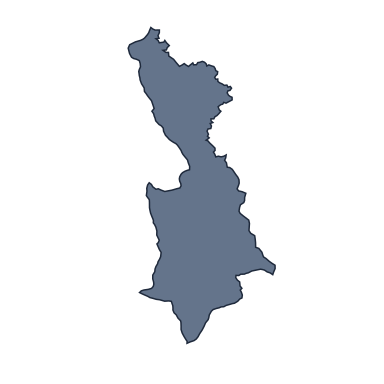 Maracaí, São Paulo, Brazil, rotated 106°
{"feature_id": "56859067B30371822496269", "entity_name": "Maracaí", "entity_type": "district", "adm_level": 2, "iso_a3": "BRA", "parent_name": "Brazil", "parent_adm1": "São Paulo", "projection": "mercator", "projection_center": [-50.769, -22.657], "detail": "fine", "context": "isolated", "style": "filled", "palette": "slate", "viewbox_px": 384, "rotation_deg": 106, "n_neighbors": 0, "source": "geoboundaries", "source_scale": "gbopen_adm2", "svg_char_len": 4117}
<svg xmlns="http://www.w3.org/2000/svg" viewBox="0 0 384 384"><g transform="rotate(106 192 192)"><path d="M338.8,155.1L336.8,152.7L334.3,149.1L332.2,147.4L329.5,146.3L326.2,145.6L321.8,144.2L317.9,143.4L314.0,142.9L310.3,141.3L308.4,141.2L305.4,141.5L301.2,140.5L299.1,139.2L297.1,136.3L295.9,134.1L294.4,132.3L293.5,129.8L291.6,127.9L289.5,124.5L288.2,122.5L287.2,120.5L284.4,117.9L281.7,116.6L280.1,114.8L277.2,115.2L274.6,117.0L273.0,118.6L270.8,117.5L269.1,119.9L265.3,121.4L264.2,124.1L262.2,126.4L260.0,126.7L259.4,124.0L257.6,122.5L256.5,119.0L255.3,117.6L254.2,115.6L251.5,112.8L248.8,107.7L247.3,104.8L247.1,102.7L247.1,100.7L248.1,97.8L248.2,94.7L249.2,91.6L246.7,91.5L242.7,91.0L239.5,92.0L238.4,95.8L237.3,98.8L235.5,102.6L234.7,105.3L233.2,106.5L230.6,108.2L227.8,112.2L227.6,115.6L223.3,116.9L220.0,118.2L216.7,119.7L215.5,124.2L213.4,126.6L206.4,128.1L203.4,129.7L200.9,136.1L199.3,139.8L197.5,141.5L193.7,142.0L190.9,141.9L187.9,139.3L185.7,139.1L182.7,139.9L178.4,139.9L177.9,143.9L178.1,147.5L176.6,149.5L172.5,149.1L170.5,149.1L167.3,150.2L165.1,152.1L163.0,154.9L160.3,158.1L159.1,159.6L158.1,162.5L158.5,164.9L156.6,165.9L154.5,166.9L152.5,169.4L149.9,169.0L147.0,169.4L148.8,171.2L150.2,173.7L150.3,176.5L151.7,178.8L149.3,180.6L147.7,182.4L145.7,181.3L143.5,182.0L141.9,184.8L139.9,188.7L138.5,190.7L138.3,192.7L136.9,191.5L135.2,190.4L134.2,192.5L132.0,192.1L129.4,194.3L127.0,194.0L125.8,191.4L123.2,191.5L121.1,193.4L119.5,191.1L118.3,193.4L116.4,193.9L115.7,191.2L113.3,190.7L111.7,189.1L109.3,187.8L106.4,186.5L105.6,188.4L102.8,190.4L100.1,188.4L99.1,186.7L97.1,186.2L97.2,183.8L95.4,181.9L93.8,180.2L92.4,178.8L89.9,179.6L89.6,181.8L88.9,183.6L87.0,185.5L84.9,185.4L83.9,183.5L81.3,182.6L80.0,184.3L81.3,186.3L79.6,187.9L80.6,190.4L79.8,192.7L79.4,195.6L78.6,197.6L76.3,198.4L77.1,200.1L75.6,201.8L73.6,201.2L71.8,200.1L69.2,200.5L68.8,202.6L66.9,203.8L65.4,205.6L65.4,207.7L65.2,210.9L66.8,212.5L64.9,213.7L63.8,215.7L63.6,218.1L65.2,220.3L66.0,222.1L68.4,222.8L69.3,225.5L67.7,226.8L70.1,228.5L72.3,230.0L71.6,232.6L70.7,234.9L72.7,236.6L74.7,238.7L72.0,242.8L69.5,246.3L67.7,251.8L64.3,253.1L65.0,255.6L63.8,258.9L62.5,255.8L60.0,255.6L57.5,254.2L55.6,257.7L53.8,259.9L55.7,260.4L57.6,264.6L55.7,266.3L54.6,268.9L53.3,266.1L51.1,267.8L47.9,267.3L45.3,268.0L46.5,272.1L46.1,274.7L45.2,276.9L48.2,277.3L50.8,277.5L53.0,278.2L57.2,280.1L58.7,281.3L60.4,283.2L63.3,287.8L67.6,292.5L71.3,293.0L76.1,290.2L79.1,287.3L79.8,284.8L79.7,282.1L80.2,278.9L82.8,277.2L85.9,276.0L88.6,276.4L90.8,276.4L92.8,275.5L94.7,274.7L96.7,273.5L98.5,272.8L101.9,270.3L105.1,266.7L108.5,265.4L110.0,263.3L111.7,261.3L113.7,258.6L115.4,256.1L119.3,253.4L122.2,251.4L125.4,252.8L127.3,250.5L129.5,249.2L131.3,247.8L133.6,246.5L135.2,243.9L136.2,242.3L136.9,239.6L138.6,237.2L141.4,236.1L144.8,233.1L146.2,230.7L147.8,228.2L148.7,225.6L149.4,223.3L149.9,220.9L150.9,219.0L152.8,216.6L155.1,213.9L156.7,212.7L158.3,211.1L159.8,209.0L162.4,205.2L165.0,203.6L168.0,201.3L171.3,200.5L172.4,202.4L174.0,204.5L176.0,206.4L177.9,207.4L180.8,208.0L182.9,207.8L185.0,206.8L187.0,205.1L189.1,204.2L191.5,204.8L192.9,207.3L195.8,211.9L197.3,214.9L199.0,218.3L198.7,222.1L198.2,225.3L199.3,227.4L197.8,231.2L195.9,233.1L194.9,235.7L197.5,236.6L200.9,236.5L203.7,235.5L208.0,234.9L209.2,233.5L211.2,230.9L213.5,230.1L218.9,228.5L221.1,227.4L223.7,226.0L226.1,224.2L228.6,222.2L230.1,221.2L232.3,220.7L233.6,219.0L235.8,217.0L239.2,215.0L243.1,214.0L247.4,210.2L250.0,210.5L251.6,211.4L256.3,207.5L258.6,205.0L262.9,204.3L265.7,204.7L268.3,205.4L270.5,205.3L273.5,206.1L276.2,206.3L278.9,205.8L282.7,206.8L286.3,205.8L289.1,204.1L291.1,203.3L293.4,203.2L295.8,204.3L297.6,207.1L298.6,209.3L299.5,211.3L301.0,213.5L303.1,214.7L303.6,212.1L304.0,209.4L304.5,205.6L305.1,203.4L305.0,201.0L305.0,196.7L304.5,193.5L304.5,191.3L304.5,188.2L303.1,184.3L302.8,181.7L304.5,180.6L306.6,179.1L308.8,178.3L310.7,177.8L313.1,175.9L314.4,173.3L317.1,170.7L319.0,167.4L320.6,166.6L324.3,165.4L327.2,164.6L330.2,162.6L332.3,160.6L333.6,159.3L335.5,157.2L336.9,155.5L338.8,155.1Z" fill="#64748b" stroke="#1e293b" stroke-width="1.5"/></g></svg>